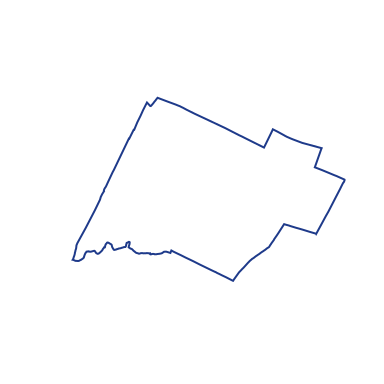 Boldesti-Gradistea, Prahova, Romania (Mercator projection), rotated 329°
{"feature_id": "2599482B94191000455949", "entity_name": "Boldesti-Gradistea", "entity_type": "district", "adm_level": 2, "iso_a3": "ROU", "parent_name": "Romania", "parent_adm1": "Prahova", "projection": "mercator", "projection_center": [26.525, 44.882], "detail": "fine", "context": "isolated", "style": "outline", "palette": "blue", "viewbox_px": 384, "rotation_deg": 329, "n_neighbors": 0, "source": "geoboundaries", "source_scale": "gbopen_adm2", "svg_char_len": 5572}
<svg xmlns="http://www.w3.org/2000/svg" viewBox="0 0 384 384"><g transform="rotate(329 192 192)"><path d="M319.8,266.1L320.0,266.0L322.3,264.5L325.6,262.4L326.5,261.9L326.8,261.9L327.1,261.8L327.2,261.7L328.0,261.2L328.3,260.9L328.9,260.4L329.0,260.3L329.1,260.1L329.1,259.9L324.9,253.9L324.3,253.0L322.5,250.7L318.9,245.8L314.9,240.4L311.1,235.5L310.0,234.1L323.9,222.6L325.0,221.7L325.7,221.2L311.8,206.7L305.7,199.0L303.9,196.6L303.0,195.3L301.7,193.5L301.2,192.6L300.8,192.1L300.7,191.8L300.6,191.6L296.6,184.7L293.6,179.9L291.9,181.1L281.1,188.1L276.6,191.0L264.9,172.6L263.4,170.2L261.7,167.7L257.9,161.6L253.5,154.5L234.6,126.3L229.8,118.8L227.5,114.9L227.0,114.2L225.7,112.1L224.8,111.0L223.1,108.7L217.7,102.0L211.0,93.5L208.6,94.4L207.7,94.8L206.4,95.2L204.5,96.0L203.0,96.5L202.4,96.7L201.8,96.9L201.3,97.0L200.9,97.1L200.5,96.8L200.2,95.4L199.5,92.1L198.2,92.9L192.3,96.6L187.1,100.2L181.0,104.1L174.5,108.9L174.3,108.7L174.1,108.6L165.6,114.0L165.4,113.7L136.3,132.9L134.4,134.0L130.8,136.4L125.3,140.1L121.8,142.5L120.5,143.3L119.5,143.7L118.1,144.5L117.0,145.6L117.0,146.0L114.0,147.5L111.2,149.3L109.2,151.2L99.4,157.6L82.5,168.0L67.4,176.8L66.6,177.4L65.5,178.2L64.3,179.8L63.9,180.3L63.5,180.8L63.4,180.9L62.9,181.3L62.2,181.9L61.9,182.2L61.6,182.6L60.2,183.9L60.0,184.3L59.6,184.7L58.7,185.6L58.0,186.2L57.2,186.8L56.7,187.3L56.1,187.8L55.7,188.1L55.2,188.6L54.9,188.7L55.0,188.8L55.4,189.2L55.6,189.5L56.0,190.0L56.5,190.8L56.9,191.2L57.3,191.4L58.0,191.9L58.7,192.4L59.1,192.6L59.6,192.8L60.1,192.8L61.6,192.9L61.9,192.9L62.2,193.0L62.5,192.9L63.7,192.9L64.8,192.7L65.3,192.6L65.6,192.4L65.8,192.2L66.0,192.0L66.2,191.8L66.5,191.6L67.3,190.8L67.7,190.6L68.0,190.3L68.3,190.1L68.6,189.9L69.0,189.6L69.4,189.4L69.9,189.3L70.3,189.1L70.8,188.8L71.0,188.9L71.2,189.0L71.4,189.0L71.9,189.3L72.1,189.3L72.4,189.4L72.4,189.5L72.6,189.7L73.0,189.9L73.2,190.1L73.4,190.2L73.5,190.4L73.7,190.5L74.0,190.7L74.2,190.9L74.4,191.0L74.6,191.1L75.7,191.4L76.8,191.7L77.5,191.9L77.8,192.0L78.0,192.1L78.2,192.4L78.3,192.7L78.4,194.8L78.5,195.1L78.6,195.3L78.9,195.8L79.1,196.2L79.2,196.3L79.3,196.4L79.5,196.5L79.8,196.6L80.1,196.6L80.4,196.7L80.7,196.7L81.7,196.5L82.1,196.5L82.4,196.4L82.8,196.3L83.8,196.1L84.2,196.0L84.8,195.8L85.3,195.6L85.6,195.4L86.0,195.1L87.5,194.5L87.7,194.4L88.0,194.2L88.2,194.4L88.3,194.5L88.6,194.6L88.9,194.5L89.3,194.1L89.7,193.6L90.2,193.1L91.0,192.5L91.3,192.3L91.5,192.3L91.9,192.2L92.2,192.1L92.5,192.0L92.8,191.8L93.0,191.7L93.3,191.7L93.6,191.8L93.9,192.0L94.5,192.9L94.7,193.3L94.8,193.4L94.9,193.8L95.1,194.1L95.3,194.4L95.6,194.9L95.8,195.4L95.8,195.6L95.9,195.8L95.9,196.0L95.7,196.5L95.4,197.6L95.3,198.0L95.2,198.3L95.2,199.0L95.2,199.4L95.2,200.2L95.2,200.5L95.2,201.0L95.3,201.3L95.5,201.6L95.8,201.7L96.1,201.8L96.4,201.9L96.6,202.0L97.0,202.1L97.3,202.2L97.7,202.3L98.3,202.3L98.7,202.5L99.0,202.6L99.3,202.6L99.6,202.7L100.0,202.7L100.3,202.8L101.2,203.2L101.9,203.4L102.2,203.5L102.8,203.6L103.0,203.6L103.5,203.8L103.8,203.9L104.4,204.0L104.8,204.1L105.0,204.1L105.3,204.2L106.1,204.6L106.3,204.7L106.5,204.8L107.1,204.6L107.5,204.3L107.7,204.2L108.0,203.9L108.5,203.2L109.3,202.5L109.6,202.1L109.8,202.0L110.2,202.1L110.6,202.1L110.9,202.2L111.2,202.2L111.7,202.2L111.9,202.2L112.2,202.2L112.4,202.4L112.5,202.5L112.7,203.0L112.1,203.8L111.8,204.3L111.6,204.5L111.0,205.0L109.9,206.0L109.6,206.3L109.2,206.8L109.5,207.4L109.8,208.0L110.0,208.6L110.1,208.8L110.6,209.3L111.1,210.0L111.4,211.1L111.6,212.2L111.8,212.7L112.0,213.2L112.1,213.3L112.1,213.5L112.3,214.0L112.4,214.3L112.5,214.6L112.6,214.9L112.8,215.3L113.0,215.6L113.2,215.8L113.4,216.0L114.2,216.8L114.3,217.0L114.5,217.2L114.6,217.4L114.7,217.5L114.8,217.6L115.0,217.7L115.4,217.8L115.8,217.9L116.2,218.0L116.7,218.1L117.8,218.7L118.5,219.3L118.7,219.5L118.9,219.6L119.3,219.8L120.6,220.6L121.0,220.8L121.6,221.0L121.8,221.1L122.5,221.6L122.9,221.9L123.2,222.1L123.6,222.5L124.2,222.8L124.3,222.9L124.5,223.0L124.4,223.2L124.4,223.3L124.1,223.5L124.1,223.8L124.3,224.1L124.8,224.3L125.3,224.5L125.6,224.5L126.4,224.8L126.7,225.0L127.3,225.4L127.5,225.6L127.7,225.9L127.9,226.0L128.0,226.2L128.2,226.3L128.7,226.6L129.4,227.0L129.8,227.1L130.5,227.4L131.2,227.7L131.8,228.0L132.3,228.2L133.1,228.5L133.9,228.8L134.6,228.9L134.8,229.0L135.0,229.0L135.4,228.9L136.1,228.9L136.9,228.8L137.2,228.8L137.8,229.1L139.1,229.8L139.3,230.0L142.1,233.1L144.2,231.5L145.4,233.6L148.1,237.7L149.9,240.4L152.8,245.0L153.0,245.3L154.8,248.0L157.5,252.1L161.2,258.0L168.5,269.2L170.1,271.6L170.6,272.3L170.7,272.5L170.9,272.6L171.8,274.3L173.1,276.2L174.8,278.9L177.2,282.5L181.3,289.1L181.5,289.3L182.6,288.7L189.3,285.8L190.0,285.5L190.9,285.1L193.9,284.3L195.6,283.8L196.1,283.7L197.0,283.5L198.0,283.2L199.0,282.9L203.9,281.4L204.5,281.3L205.4,281.0L206.3,280.8L208.7,280.4L209.0,280.3L209.3,280.3L209.7,280.3L210.4,280.3L210.9,280.3L211.5,280.2L212.2,280.1L213.1,280.0L214.1,279.9L215.1,279.9L215.6,279.8L216.2,279.8L216.9,279.8L218.4,279.7L219.5,279.5L220.0,279.5L221.3,279.4L222.1,279.4L222.8,279.4L223.2,279.3L224.2,279.3L225.3,279.2L226.7,279.0L227.3,278.9L227.6,278.9L228.0,278.9L229.1,278.9L229.3,278.9L229.8,278.8L230.2,278.6L230.8,278.3L231.6,277.8L232.0,277.7L232.5,277.5L233.4,277.0L237.4,275.3L238.3,274.7L241.7,273.2L243.2,272.5L245.1,271.6L254.4,267.0L255.9,268.7L256.9,269.7L258.2,271.1L258.3,271.3L258.5,271.5L259.0,272.1L262.7,276.2L264.7,278.3L267.3,281.1L269.9,284.0L272.4,286.8L276.1,290.8L276.8,291.5L276.8,291.9L286.0,286.5L292.4,282.7L294.1,281.7L298.9,279.0L312.3,270.7L319.8,266.1Z" fill="none" stroke="#1e3a8a" stroke-width="2"/></g></svg>